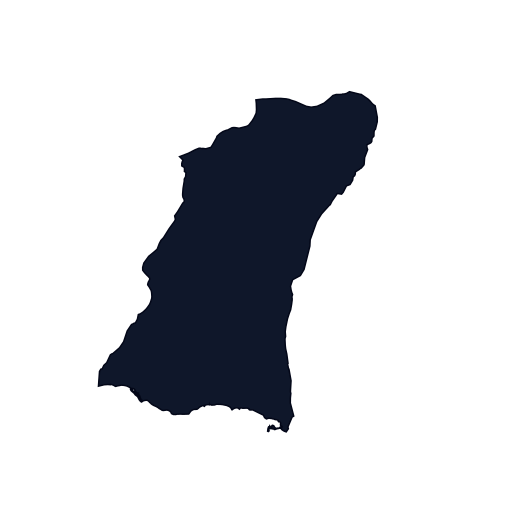 Bajil, Al Hudaydah, Yemen, rotated 301°
{"feature_id": "15242507B92683143356250", "entity_name": "Bajil", "entity_type": "district", "adm_level": 2, "iso_a3": "YEM", "parent_name": "Yemen", "parent_adm1": "Al Hudaydah", "projection": "orthographic", "projection_center": [42.982, 15.041], "detail": "fine", "context": "isolated", "style": "filled", "palette": "ink", "viewbox_px": 512, "rotation_deg": 301, "n_neighbors": 0, "source": "geoboundaries", "source_scale": "gbopen_adm2", "svg_char_len": 5890}
<svg xmlns="http://www.w3.org/2000/svg" viewBox="0 0 512 512"><g transform="rotate(301 256 256)"><path d="M445.0,251.5L442.0,249.9L439.9,247.8L439.7,247.1L438.6,246.2L435.7,241.5L433.2,239.3L429.4,238.2L422.2,235.7L415.8,231.3L412.0,226.7L410.2,222.0L408.7,210.3L407.6,205.9L407.3,203.9L406.3,201.1L403.7,195.8L401.0,191.4L395.7,183.7L394.1,181.0L389.8,175.5L387.2,177.5L381.6,181.1L378.5,182.6L373.6,183.1L370.0,183.1L364.5,182.4L363.0,181.7L361.6,180.5L356.8,175.7L355.4,172.2L354.7,170.8L353.6,169.4L349.2,166.7L348.6,165.9L345.8,163.7L342.6,162.1L338.5,160.9L337.0,161.3L328.8,161.5L325.9,161.4L322.0,157.7L320.8,154.9L320.4,154.8L319.7,152.8L319.1,151.7L315.8,149.2L309.2,145.1L301.8,139.3L300.6,144.0L298.8,144.2L297.1,144.7L295.0,146.0L295.0,149.0L292.9,150.4L291.6,151.1L291.4,153.0L287.8,154.8L285.0,154.9L283.3,155.9L276.5,158.6L271.3,161.2L269.9,162.1L268.6,163.3L267.8,164.8L266.4,166.1L265.5,166.5L264.2,166.1L263.1,166.0L253.5,166.0L248.5,165.6L245.9,168.0L244.2,168.3L234.9,167.5L224.1,167.3L220.4,166.5L217.0,166.7L210.9,167.8L206.3,166.3L200.5,164.2L192.2,163.5L187.9,164.7L185.5,166.2L184.9,167.6L184.3,169.2L183.4,172.3L183.0,174.2L182.3,176.2L181.6,176.8L180.3,177.1L178.6,177.1L177.0,177.4L175.5,178.0L174.5,180.3L172.4,184.0L170.8,185.4L167.7,187.6L166.1,188.4L162.5,189.3L160.8,189.6L159.1,189.7L155.5,189.4L153.5,189.1L149.7,188.0L147.8,187.1L146.1,186.2L145.9,185.8L145.2,185.3L140.7,186.9L136.5,187.1L135.6,186.1L134.2,185.4L133.2,184.6L125.5,184.2L114.3,186.7L107.1,186.3L98.5,183.5L97.8,182.8L96.3,182.1L87.6,183.0L83.9,181.9L80.1,182.3L79.1,181.3L76.5,181.3L63.3,188.0L67.4,192.1L69.5,195.1L70.5,197.1L70.7,196.9L71.0,197.3L71.0,197.5L71.6,198.8L71.7,199.5L71.9,201.4L71.8,202.5L72.0,202.9L73.8,204.6L74.1,205.1L75.9,207.0L77.1,209.4L77.7,211.1L78.1,212.5L78.4,216.0L78.3,217.1L78.4,217.7L79.1,218.8L79.3,220.1L78.9,221.2L78.8,221.4L78.6,221.3L78.2,221.4L77.6,222.4L77.7,223.5L77.4,223.8L77.5,225.1L77.8,225.2L77.9,225.6L77.4,225.5L76.9,227.2L76.3,227.8L76.2,228.4L74.2,230.8L73.9,231.3L73.4,231.8L73.2,232.0L73.5,232.3L73.3,232.4L72.9,232.2L72.9,231.9L73.2,231.2L73.0,231.4L72.9,231.3L73.1,230.9L73.4,230.7L73.8,229.8L74.3,229.5L73.6,229.5L73.7,229.3L73.9,229.3L73.8,229.2L74.5,228.7L74.9,228.2L75.5,227.9L75.1,227.8L74.9,228.0L75.0,227.7L74.8,227.7L75.6,227.1L75.4,227.0L75.2,227.2L75.7,226.6L75.7,226.1L75.8,225.7L75.6,225.5L76.0,225.2L75.7,225.1L76.0,224.9L75.9,224.6L76.3,224.2L76.3,223.4L76.5,223.0L77.0,222.6L76.7,222.6L76.2,223.1L76.3,222.8L76.8,222.6L76.1,222.9L76.3,222.6L76.4,222.2L76.7,222.0L76.4,222.1L76.4,221.8L76.8,221.0L76.8,220.6L77.1,219.7L77.7,219.3L77.1,219.2L77.4,219.0L77.4,218.9L77.4,218.6L77.2,218.6L77.2,218.4L77.5,217.6L77.4,217.1L77.7,217.0L77.6,216.8L77.3,216.9L76.7,217.6L76.2,218.5L75.6,222.2L74.8,224.0L74.5,226.8L74.1,227.6L72.6,230.0L72.1,231.3L71.8,232.9L71.9,233.1L74.0,234.1L75.8,236.1L76.3,237.3L76.3,238.5L76.1,239.5L75.8,240.0L75.5,242.1L75.3,242.4L75.4,242.8L75.2,243.2L75.3,244.3L75.2,244.4L75.2,245.0L75.6,248.1L75.6,250.6L75.4,251.5L75.5,253.3L75.4,255.0L75.9,256.2L78.0,258.8L78.4,259.9L78.7,261.6L78.6,262.2L78.2,263.8L77.4,264.7L77.6,266.7L78.7,268.7L80.0,270.1L80.8,271.5L81.2,271.9L82.9,275.1L85.9,279.7L89.4,280.0L91.6,281.0L93.0,282.4L93.4,283.2L94.3,284.4L95.7,285.0L97.3,285.4L99.9,287.0L101.0,288.3L100.1,289.3L101.3,288.0L100.2,289.8L101.0,288.8L101.7,289.1L103.2,290.4L104.2,291.9L104.5,292.7L105.0,292.6L104.6,293.0L105.4,294.0L105.5,294.4L105.4,294.6L105.6,294.8L105.5,295.0L107.0,297.2L108.6,298.5L110.4,301.7L111.4,303.8L112.8,307.8L113.2,310.8L113.0,312.1L112.5,313.5L111.8,314.3L111.8,314.7L113.3,315.3L114.3,315.9L115.2,316.7L116.0,317.7L116.4,318.7L116.2,320.7L117.9,320.9L118.7,323.1L121.0,326.6L121.5,328.6L121.1,328.7L120.8,329.4L120.9,330.1L122.4,332.4L123.4,344.3L121.9,346.6L121.7,348.8L123.7,350.6L124.2,352.0L124.8,352.8L124.8,353.7L125.4,354.8L125.5,356.0L125.9,357.3L126.2,357.6L126.6,359.4L126.4,359.8L126.0,359.9L125.6,360.8L126.0,361.4L126.0,362.4L125.9,362.8L125.0,363.3L124.9,363.6L123.8,363.9L123.5,364.3L123.5,365.5L123.1,365.5L123.1,366.5L122.8,366.6L122.5,366.5L122.6,365.5L122.1,365.0L121.3,365.0L121.2,364.7L120.9,364.8L120.6,364.6L120.3,364.1L119.2,363.4L119.4,363.0L119.4,362.7L118.5,362.3L118.3,361.6L118.8,360.6L118.8,360.0L119.6,358.8L119.6,358.1L119.3,357.2L118.2,357.2L118.1,356.9L117.9,356.9L117.4,357.0L117.2,357.3L117.3,357.7L117.1,357.9L116.4,358.1L116.2,357.7L116.2,357.4L116.1,357.2L116.2,356.9L115.9,356.6L115.3,355.6L115.4,355.2L117.1,355.6L117.3,355.3L116.7,355.4L116.1,354.8L115.9,354.8L114.4,355.1L111.8,356.2L111.9,357.0L112.9,357.3L113.2,356.7L113.2,356.4L113.7,356.3L114.3,356.3L114.9,356.6L115.4,357.1L115.8,357.7L116.4,359.4L116.9,360.1L116.7,360.9L117.1,361.4L117.0,361.6L118.7,362.9L119.8,364.2L120.4,364.6L120.9,365.6L120.9,366.9L120.5,367.6L120.4,369.1L120.4,370.5L120.8,372.5L124.6,372.7L125.9,371.4L136.5,369.9L138.2,370.8L147.7,361.1L152.0,358.6L156.2,356.6L157.3,355.5L158.5,354.8L167.1,350.3L175.9,342.6L175.7,342.3L179.8,338.6L180.4,338.8L187.8,332.9L191.6,329.3L193.0,328.2L194.9,326.8L198.5,324.4L200.1,323.4L202.3,322.8L206.2,320.0L210.8,318.0L218.5,315.3L224.1,314.0L227.7,313.4L232.9,311.4L236.8,309.7L238.0,309.0L239.5,307.8L241.8,307.2L243.0,305.6L244.8,303.7L247.9,301.1L254.1,299.7L254.7,299.7L262.1,304.1L269.2,304.1L292.2,297.1L297.8,294.1L316.8,290.3L325.9,290.5L337.7,292.8L338.1,293.2L342.0,292.9L351.5,293.5L353.1,297.5L355.6,297.9L362.7,297.4L365.7,299.8L370.7,299.8L373.9,298.5L375.6,299.2L377.3,298.9L379.3,297.9L383.5,300.0L384.2,300.1L385.5,300.9L389.5,301.6L390.4,301.4L396.4,298.4L404.7,296.9L406.6,294.8L408.6,293.8L411.0,295.5L412.5,296.2L413.9,296.2L416.6,294.8L419.6,295.3L422.7,293.5L424.1,292.9L425.6,292.8L426.1,293.1L433.5,290.8L437.3,288.6L446.1,280.8L446.2,278.6L446.5,277.0L447.7,273.5L448.2,271.2L448.3,269.1L448.7,262.9L448.2,261.9L445.0,251.5Z" fill="#0f172a" stroke="#020617" stroke-width="1.5"/></g></svg>